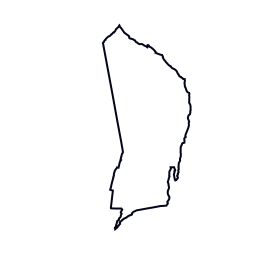 outline of San Pablo del Monte, Tlaxcala, Mexico, rotated 320°
{"feature_id": "50627088B8898417046672", "entity_name": "San Pablo del Monte", "entity_type": "district", "adm_level": 2, "iso_a3": "MEX", "parent_name": "Mexico", "parent_adm1": "Tlaxcala", "projection": "albers", "projection_center": [-98.142, 19.161], "detail": "fine", "context": "isolated", "style": "outline", "palette": "ink", "viewbox_px": 256, "rotation_deg": 320, "n_neighbors": 0, "source": "geoboundaries", "source_scale": "gbopen_adm2", "svg_char_len": 5732}
<svg xmlns="http://www.w3.org/2000/svg" viewBox="0 0 256 256"><g transform="rotate(320 128 128)"><path d="M201.5,124.2L201.2,123.2L201.2,122.8L201.3,122.7L200.7,121.8L200.7,121.7L200.7,121.4L200.7,120.9L201.1,119.8L201.0,119.5L201.0,119.2L201.1,118.2L201.2,117.9L201.4,117.4L201.8,115.7L201.8,114.9L201.7,114.2L201.4,112.9L200.9,111.8L200.3,110.5L200.2,109.9L200.2,109.7L200.3,109.4L200.3,109.2L200.1,108.1L200.3,108.0L199.7,106.4L199.6,105.4L199.5,104.7L199.5,104.2L199.6,103.7L199.4,102.2L199.5,101.1L199.6,99.9L199.5,99.6L199.6,98.1L199.7,97.4L199.9,97.0L200.1,96.8L200.1,96.3L200.4,96.0L200.8,95.3L200.8,94.7L200.8,94.4L200.9,94.2L201.0,93.9L200.3,93.1L199.6,92.1L197.4,88.1L198.1,87.5L198.1,87.3L198.0,87.0L198.0,86.8L198.2,86.2L198.1,85.7L198.0,84.3L197.9,83.8L197.9,83.6L197.8,82.9L197.7,82.3L197.3,80.8L196.8,79.8L196.4,79.0L197.0,78.2L196.8,77.6L196.4,77.2L196.1,77.6L195.7,77.9L195.2,78.3L194.6,78.5L194.4,77.0L194.1,76.5L193.6,75.7L193.0,73.7L192.9,73.1L192.7,72.7L192.1,72.2L191.5,71.8L191.1,71.5L190.8,71.2L190.5,70.7L190.2,70.0L190.1,69.8L190.1,69.3L190.1,68.9L190.0,68.5L189.6,68.0L189.5,67.5L189.4,67.2L189.4,66.3L189.7,65.6L189.6,65.2L189.4,65.0L189.1,64.3L189.0,63.4L188.6,62.8L188.2,62.4L188.0,61.8L187.7,61.4L187.3,61.1L187.1,60.8L187.0,60.4L186.9,59.7L187.1,59.3L187.7,58.8L187.8,58.4L187.8,58.1L187.8,57.7L187.6,57.3L187.0,54.9L186.4,52.3L186.6,51.8L186.6,51.1L186.8,49.2L186.9,47.7L186.9,47.0L187.0,46.7L186.9,46.6L186.9,46.1L186.8,45.4L186.9,45.0L187.3,44.3L187.4,44.0L187.4,43.8L186.1,44.3L185.2,44.5L182.7,44.6L182.3,44.6L181.5,45.0L181.1,45.2L180.5,45.5L179.9,45.6L179.5,45.6L179.0,45.5L178.9,45.5L178.7,45.8L178.3,45.6L177.9,45.4L177.0,45.6L176.6,45.6L176.2,45.7L175.6,45.5L175.3,45.7L174.9,45.6L173.9,45.8L173.1,45.8L172.4,45.5L171.9,45.4L171.2,45.3L169.9,45.4L169.5,45.4L168.3,45.5L168.2,45.6L167.8,45.7L167.6,45.9L167.5,46.0L167.2,45.8L166.9,45.8L166.7,45.9L166.2,45.9L165.9,46.0L165.2,46.5L164.8,46.4L164.6,46.6L163.5,46.7L160.9,51.3L136.7,94.1L123.6,117.0L121.7,120.4L113.4,135.1L111.7,138.0L109.9,141.2L108.5,143.3L107.5,143.9L106.8,144.1L106.7,144.0L101.5,147.8L101.8,148.2L100.5,148.6L100.2,148.9L99.7,148.9L99.6,149.0L95.2,152.3L94.3,151.2L94.1,151.4L92.9,151.6L91.5,151.9L91.0,152.1L89.8,152.7L87.5,154.3L87.0,154.8L86.9,155.1L86.2,155.5L85.9,155.8L85.6,155.9L85.5,156.1L85.1,156.2L85.0,156.5L83.4,157.6L80.6,159.5L78.1,161.4L77.3,162.1L74.7,163.8L75.3,164.8L75.6,165.4L76.2,166.2L63.4,178.3L63.4,178.7L67.5,182.4L71.1,185.4L71.0,185.7L71.0,186.0L71.2,186.4L71.2,186.7L70.7,186.8L70.2,187.2L69.1,187.5L68.5,187.7L68.3,188.0L68.0,188.3L68.1,189.5L67.7,189.8L66.8,190.1L66.4,190.3L65.8,190.9L65.2,191.3L64.2,191.5L63.2,191.5L62.5,191.9L62.0,192.6L60.7,192.3L59.7,192.4L59.5,192.6L59.3,193.0L58.8,193.2L58.4,193.6L57.8,193.9L57.1,194.4L56.5,194.7L55.7,195.4L55.1,195.7L54.6,196.0L53.8,196.0L53.5,196.3L53.5,196.6L53.1,197.3L54.5,197.3L55.3,197.2L56.1,197.2L56.4,197.2L57.1,196.6L57.4,196.6L58.3,196.8L58.6,196.7L59.2,196.4L59.9,196.4L60.2,196.4L60.4,196.3L60.5,196.1L60.8,195.3L61.1,194.9L61.3,194.8L61.6,194.8L62.0,194.9L62.9,195.0L63.6,195.0L64.1,194.8L64.3,194.8L64.8,194.8L65.5,194.9L65.8,194.8L66.0,194.8L66.4,194.7L67.0,195.1L67.7,195.2L68.5,195.3L68.8,195.5L69.2,195.6L69.6,195.5L69.9,195.5L70.2,195.5L70.8,195.7L71.3,195.6L71.7,195.7L72.6,195.8L72.8,195.9L73.0,196.1L73.3,196.2L73.5,196.3L73.9,196.3L74.2,196.4L74.7,196.7L75.4,196.8L75.6,196.7L75.8,196.2L76.5,195.8L77.0,195.9L77.5,195.7L77.8,195.7L78.1,195.7L78.5,195.8L78.9,195.9L80.1,196.3L80.9,196.4L81.6,196.6L84.2,198.1L91.1,202.0L92.0,202.5L92.3,202.8L94.0,203.7L95.0,204.3L96.9,205.4L102.6,208.6L104.5,210.0L107.6,212.2L108.0,212.0L108.9,211.6L109.6,211.6L110.1,211.4L110.2,211.2L110.4,210.2L110.7,209.8L111.3,209.6L112.1,209.6L112.8,209.2L113.2,209.2L113.9,208.9L114.7,208.2L115.2,207.5L115.6,207.0L115.6,206.0L115.9,204.7L116.2,204.0L117.3,202.6L118.0,201.9L119.0,201.3L120.2,200.7L120.7,200.4L121.4,199.7L121.5,199.5L121.7,199.1L121.9,198.5L122.1,198.2L122.3,198.0L122.6,197.5L122.9,197.1L123.1,196.6L123.4,196.3L123.5,195.5L123.7,195.0L124.9,194.2L126.4,193.3L126.7,192.8L127.7,192.3L128.7,191.8L128.8,191.1L129.4,190.7L130.0,189.9L130.7,189.1L131.3,188.3L132.1,187.8L133.7,187.2L134.9,186.6L135.4,185.5L138.1,187.7L137.7,188.5L137.2,190.3L137.0,190.7L136.7,190.7L136.4,190.7L136.1,190.7L135.7,191.5L135.1,191.6L134.5,192.3L134.1,192.6L133.4,193.0L133.1,193.3L133.0,193.7L132.6,194.2L132.1,195.2L131.3,196.5L130.7,197.9L130.5,198.5L131.1,198.9L131.7,198.9L132.2,198.5L133.2,198.6L133.8,198.4L134.3,198.1L134.5,197.7L134.8,196.3L135.4,195.9L136.1,195.9L136.5,195.6L136.8,195.0L137.2,194.7L137.9,194.6L138.4,194.3L139.0,193.3L139.3,192.6L140.1,192.4L140.4,192.2L140.8,191.6L141.1,190.8L141.6,190.5L142.0,190.2L142.3,189.5L143.7,188.3L144.3,187.6L145.0,187.2L146.2,186.9L147.0,186.4L147.5,185.7L148.1,184.9L148.9,184.5L150.2,183.6L151.1,182.6L152.1,181.5L152.4,180.7L154.5,178.4L154.9,177.8L155.5,177.2L156.1,176.5L157.0,176.1L157.5,175.8L158.2,175.6L158.7,175.2L159.6,174.7L160.2,174.7L161.1,175.2L161.8,175.5L162.6,174.6L163.3,173.6L164.1,172.5L165.4,171.8L166.4,172.0L166.9,170.9L168.0,170.0L171.8,168.0L174.3,166.6L175.2,166.0L176.6,164.9L177.4,163.7L178.1,162.9L179.0,162.4L179.4,161.3L179.9,159.4L180.5,158.6L181.3,158.0L182.5,157.3L184.5,157.2L185.1,156.6L186.0,156.0L186.7,154.9L187.5,154.6L188.6,153.1L189.9,151.6L190.7,150.0L191.1,147.9L192.3,146.7L193.4,145.3L195.0,143.7L195.6,142.5L197.0,141.3L197.4,140.5L197.1,140.1L196.6,138.6L196.8,137.4L197.4,135.5L198.2,133.7L198.1,133.0L199.1,131.6L200.3,129.7L201.3,128.9L201.8,128.6L202.5,127.5L202.6,127.4L202.9,127.1L202.3,126.5L202.1,126.2L201.8,126.0L201.8,125.6L201.7,125.2L201.8,124.9L201.8,124.6L201.5,124.2Z" fill="none" stroke="#020617" stroke-width="2"/></g></svg>